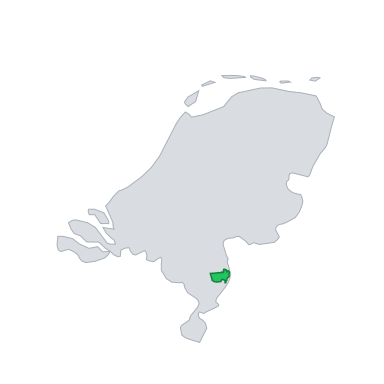 location of Horst aan de Maas, Limburg, Netherlands, rotated 15°
{"feature_id": "6326949B10328285292362", "entity_name": "Horst aan de Maas", "entity_type": "district", "adm_level": 2, "iso_a3": "NLD", "parent_name": "Netherlands", "parent_adm1": "Limburg", "projection": "orthographic", "projection_center": [6.076, 51.451], "detail": "fine", "context": "in_parent", "style": "filled", "palette": "green", "viewbox_px": 384, "rotation_deg": 15, "n_neighbors": 0, "source": "geoboundaries", "source_scale": "gbopen_adm2", "svg_char_len": 4937}
<svg xmlns="http://www.w3.org/2000/svg" viewBox="0 0 384 384"><g transform="rotate(15 192 192)"><path d="M238.2,335.3L231.8,335.1L225.8,334.8L222.6,334.3L219.2,332.8L217.7,329.7L215.9,325.9L216.4,323.6L222.0,317.1L222.9,315.3L222.3,314.4L222.9,311.5L227.2,301.8L227.8,297.9L225.9,295.1L223.1,293.5L214.2,290.6L209.9,286.5L208.0,282.9L206.0,281.9L203.1,283.0L195.6,284.3L189.6,282.3L182.6,275.5L181.0,269.5L180.2,264.8L178.5,263.2L176.1,265.6L173.0,269.3L167.0,269.6L165.3,268.7L165.1,266.6L164.8,264.6L163.2,262.2L161.4,260.8L153.8,267.5L151.0,267.5L147.5,264.7L145.8,262.1L141.9,263.5L138.3,266.6L139.4,272.7L137.4,273.7L133.2,273.1L128.3,270.5L123.0,268.8L114.9,264.5L103.3,267.5L95.5,263.2L88.9,262.6L84.9,259.2L80.6,253.6L83.9,250.2L87.0,249.0L99.1,248.7L107.8,251.2L123.3,263.4L127.3,263.4L131.5,262.1L129.5,258.8L125.5,257.2L119.7,253.8L115.2,249.3L126.2,248.1L124.8,245.8L123.4,241.8L112.2,227.8L114.3,224.1L117.4,216.2L121.2,209.7L124.1,208.0L129.0,203.5L139.6,190.0L146.3,179.0L151.4,165.8L159.2,129.4L161.4,123.2L164.9,116.4L169.1,117.7L172.0,119.8L182.4,114.7L200.4,101.4L205.7,89.7L210.9,84.3L231.3,73.8L242.5,70.7L259.8,69.8L272.3,67.9L287.2,67.1L293.0,73.6L296.4,78.3L301.8,80.9L310.1,82.6L309.8,92.1L310.1,110.8L309.5,114.1L305.9,122.0L302.1,136.2L301.2,145.6L300.0,147.3L284.0,147.5L281.7,149.1L281.4,151.1L282.2,153.5L281.9,155.9L280.6,157.8L281.3,160.9L284.2,164.4L289.3,166.5L294.7,166.7L297.5,166.2L299.6,168.7L301.6,172.6L301.6,177.4L300.8,183.9L298.3,190.0L291.0,197.0L287.6,199.5L284.5,200.8L283.0,202.6L282.3,205.0L282.5,207.0L287.9,212.6L287.8,213.8L286.3,216.7L284.2,219.5L270.5,225.3L264.8,224.9L261.6,227.7L260.5,228.2L256.9,225.7L248.9,222.7L245.9,223.7L244.2,225.4L239.1,227.3L235.5,230.5L235.5,234.5L241.9,244.8L244.1,246.9L244.3,250.8L247.4,255.6L250.6,261.7L250.9,265.6L250.6,269.5L248.9,275.1L243.3,288.1L243.2,290.6L243.7,292.5L245.7,293.0L247.1,294.0L246.7,295.7L236.1,304.8L234.8,306.3L230.3,305.9L229.6,307.4L230.2,309.8L232.0,312.0L235.7,313.1L239.0,315.4L241.6,319.9L238.2,335.3ZM128.3,270.5L127.3,274.2L124.8,278.3L116.4,284.0L107.7,287.7L103.3,287.1L100.3,284.9L98.7,282.7L94.2,280.5L87.9,279.3L83.9,281.4L81.0,283.4L78.5,283.0L76.8,281.1L75.4,278.3L73.9,269.6L78.7,268.2L88.8,268.0L96.6,271.3L107.0,273.1L115.0,269.2L121.2,272.9L128.3,270.5ZM112.2,234.9L118.0,240.5L119.3,242.2L119.7,244.1L111.9,246.1L104.0,239.1L98.6,240.5L96.6,237.3L96.7,235.4L102.3,233.9L112.2,234.9ZM172.1,103.6L166.1,110.5L162.5,108.5L161.5,106.9L163.4,101.4L172.3,92.4L172.1,103.6ZM198.8,72.6L193.2,73.3L190.7,71.9L204.1,68.1L212.6,66.9L214.0,67.5L198.8,72.6ZM234.6,65.5L222.9,67.1L219.0,65.9L218.3,64.7L221.5,64.0L231.5,63.9L234.6,64.9L234.6,65.5ZM185.7,80.2L174.6,87.3L173.7,86.1L180.9,79.9L185.7,80.2ZM282.3,53.0L276.8,53.4L278.3,50.8L283.4,48.8L286.1,48.7L282.3,53.0ZM258.6,60.3L250.3,63.7L248.3,63.0L248.8,62.0L256.1,59.9L258.6,60.3Z" fill="#d9dde1" stroke="#a8b0b8" stroke-width="1"/><path d="M234.3,272.1L235.3,272.2L236.0,272.8L237.0,272.8L238.0,272.7L239.0,272.6L239.8,272.3L240.0,272.3L240.3,272.1L241.2,271.7L241.6,271.6L243.0,271.1L243.1,270.9L243.1,270.7L243.1,270.4L243.1,270.2L243.4,269.6L243.4,269.3L243.4,268.8L243.4,268.7L243.5,268.5L243.9,268.5L244.8,268.6L245.2,268.6L245.3,268.6L245.5,268.5L245.9,268.5L246.0,268.7L246.1,268.8L246.2,269.0L246.3,269.0L246.6,269.1L246.8,269.1L247.0,269.0L247.1,269.3L247.3,270.6L247.3,270.9L247.3,271.0L247.7,271.0L247.8,271.0L248.0,271.0L248.1,270.8L248.0,270.7L248.0,270.3L247.9,270.1L247.9,269.9L247.9,269.7L248.0,269.3L248.0,269.1L248.1,268.9L248.3,268.7L248.4,268.4L248.4,268.1L248.4,267.9L248.3,267.7L248.2,266.9L248.2,266.6L248.2,266.4L248.3,266.3L248.3,266.2L248.5,265.9L248.6,265.7L248.8,265.3L248.9,265.2L249.0,265.1L249.4,264.7L249.5,264.5L249.6,264.4L249.7,264.2L249.7,263.8L249.7,263.6L249.7,263.4L249.6,263.2L249.4,262.9L249.3,262.6L249.2,262.5L249.2,262.4L249.1,262.2L249.0,261.9L248.9,261.8L248.9,261.7L249.0,261.5L249.0,261.3L249.0,261.2L249.1,260.9L249.1,260.7L249.1,260.4L249.1,260.2L248.9,259.8L248.9,259.7L248.7,259.6L248.6,259.4L248.4,259.3L248.2,259.2L247.9,259.1L247.7,259.0L247.6,258.9L247.4,258.7L247.2,258.9L247.0,259.2L246.8,259.5L246.8,259.4L246.6,259.3L246.5,259.2L246.4,259.3L246.3,259.5L246.2,259.6L246.0,259.4L245.9,259.3L245.7,259.2L245.2,258.8L245.2,258.7L245.3,258.5L245.3,258.4L245.2,258.4L244.9,258.4L244.7,258.4L244.5,258.5L244.5,258.4L244.4,258.3L244.0,258.3L243.8,258.3L243.7,258.3L243.5,258.2L243.4,258.2L243.1,258.2L242.8,258.3L242.6,259.0L242.7,259.8L242.9,260.3L243.2,261.1L242.9,261.6L242.8,261.8L242.7,261.8L242.4,261.9L242.2,261.7L241.9,261.7L241.7,261.6L241.4,261.7L241.3,261.8L241.2,261.8L241.1,262.0L240.9,262.1L240.8,262.3L240.7,262.4L240.7,262.5L240.4,262.6L240.2,262.6L239.5,262.9L239.4,262.9L239.2,262.9L238.9,262.9L238.8,263.0L238.4,263.0L238.2,263.1L237.3,263.6L235.7,264.2L234.2,264.8L233.8,264.9L233.4,265.0L230.8,265.9L233.4,270.3L234.3,272.1Z" fill="#22c55e" stroke="#15803d" stroke-width="1.5"/></g></svg>